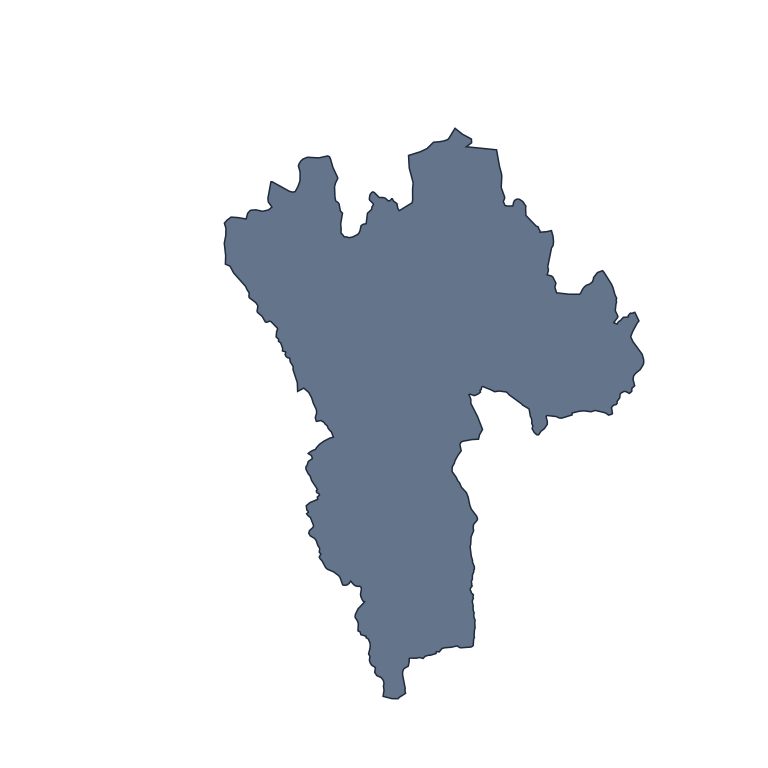 Ba Thuoc, Thanh Hóa, Vietnam, rotated 215°
{"feature_id": "81297802B10763760406842", "entity_name": "Ba Thuoc", "entity_type": "district", "adm_level": 2, "iso_a3": "VNM", "parent_name": "Vietnam", "parent_adm1": "Thanh Hóa", "projection": "albers", "projection_center": [105.214, 20.379], "detail": "fine", "context": "isolated", "style": "filled", "palette": "slate", "viewbox_px": 768, "rotation_deg": 215, "n_neighbors": 0, "source": "geoboundaries", "source_scale": "gbopen_adm2", "svg_char_len": 6171}
<svg xmlns="http://www.w3.org/2000/svg" viewBox="0 0 768 768"><g transform="rotate(215 384 384)"><path d="M222.6,141.0L217.9,141.9L214.3,140.7L212.1,138.5L211.2,136.2L208.3,133.1L205.6,127.6L197.0,130.8L191.9,134.3L191.8,135.9L188.9,143.0L190.6,144.4L192.1,146.9L201.8,156.3L203.3,158.4L204.1,160.2L204.3,162.5L202.3,166.8L204.0,170.8L205.9,173.6L205.4,174.4L200.2,178.0L197.8,180.5L194.5,181.6L194.2,184.5L191.8,187.5L190.6,188.2L187.2,192.5L186.8,193.2L187.6,194.3L187.3,195.0L185.1,196.2L184.7,200.7L182.9,202.8L177.8,207.0L173.9,211.4L170.8,211.5L169.7,212.0L162.0,218.3L161.1,219.8L161.0,221.1L164.2,226.4L164.6,228.4L165.6,229.1L168.8,234.4L169.5,236.5L172.5,240.2L174.0,242.9L176.4,244.4L178.3,246.7L178.8,248.2L180.4,249.2L182.4,251.3L183.5,253.2L186.7,256.2L187.6,257.9L187.8,259.7L188.8,260.3L190.0,262.7L192.6,263.0L193.9,264.2L195.4,264.7L196.0,266.3L195.9,269.2L196.8,269.4L197.4,270.6L199.3,272.5L199.5,274.5L202.0,278.3L202.7,281.6L203.8,283.1L203.7,284.1L205.1,286.1L209.4,288.9L210.2,290.2L213.8,293.1L220.1,300.1L221.0,302.4L224.9,308.6L226.5,315.4L228.4,317.2L230.1,320.4L229.6,325.2L229.6,326.4L230.4,327.5L232.3,328.9L240.8,331.6L244.5,334.2L250.0,339.5L254.2,342.3L261.5,343.9L265.5,346.4L268.0,347.0L271.1,348.9L277.9,351.3L280.0,354.3L280.6,355.7L280.9,359.5L281.8,361.6L282.5,368.0L282.4,373.5L287.1,377.9L287.6,380.3L286.6,382.3L280.1,388.9L274.9,393.0L276.6,397.1L277.2,403.3L288.9,411.1L301.7,417.9L304.2,421.4L308.4,424.1L307.3,425.1L303.3,426.3L301.2,429.7L300.3,432.7L301.7,433.8L301.2,435.2L302.2,437.4L301.9,438.5L293.0,440.6L289.0,441.1L285.5,444.4L279.0,447.7L274.9,446.9L259.9,446.6L258.4,446.2L250.9,446.8L245.4,441.3L243.7,440.6L241.3,438.1L240.5,436.5L238.1,435.1L237.0,432.3L233.0,430.4L229.7,430.0L228.2,431.1L228.3,435.4L227.0,439.5L227.1,444.6L228.8,447.1L232.4,450.1L232.6,451.3L232.2,451.8L224.1,456.2L221.1,456.6L218.9,457.9L212.2,466.5L213.2,468.2L208.3,473.8L204.8,476.7L198.5,480.0L195.8,483.5L187.3,486.9L185.2,487.4L182.2,487.3L180.0,490.0L180.0,491.0L184.2,495.3L183.8,498.4L182.1,500.2L181.9,501.8L183.1,503.4L182.9,507.8L184.7,511.0L184.6,512.5L183.1,515.7L181.1,516.6L177.6,517.0L176.8,520.0L178.5,522.8L177.6,526.3L182.6,530.6L184.2,533.9L184.0,537.1L182.4,542.8L182.7,548.4L183.5,550.6L185.5,553.1L189.7,556.5L204.4,561.5L209.1,564.3L210.4,569.7L211.5,579.2L211.3,581.9L219.7,586.6L221.5,584.0L222.8,583.4L223.2,580.2L222.4,579.5L222.4,578.9L226.2,575.9L226.7,571.7L227.6,569.7L227.5,566.7L231.0,566.0L230.8,572.5L231.2,573.6L236.6,576.7L240.0,582.9L240.3,584.2L242.1,586.1L242.5,587.6L246.0,589.6L251.7,594.3L254.8,596.2L268.1,601.8L270.0,602.2L273.1,597.7L273.4,591.4L272.5,589.7L271.9,587.2L272.8,584.0L275.0,580.7L275.6,578.2L275.7,575.6L275.0,571.0L275.4,569.6L283.9,563.7L294.9,557.7L299.5,561.2L301.0,565.2L306.9,568.4L308.6,568.6L313.0,567.0L314.2,570.8L315.4,572.6L317.0,573.7L324.8,591.5L325.0,594.7L326.8,597.9L330.2,601.9L334.8,605.7L338.3,601.9L343.3,597.8L344.0,598.9L346.8,600.2L347.5,601.1L350.3,600.7L364.5,603.5L369.0,609.5L369.7,611.0L375.0,613.1L379.0,613.0L381.1,611.8L382.3,609.4L382.1,607.3L380.6,603.8L384.7,600.7L387.3,599.6L391.0,602.0L391.6,605.1L392.5,606.4L400.7,612.2L406.5,621.5L408.2,623.5L414.4,628.7L426.1,640.4L452.6,625.6L450.6,631.9L452.9,634.8L462.8,633.6L472.5,634.2L471.8,623.3L472.0,620.8L474.3,617.5L477.7,614.1L482.1,610.5L483.8,601.5L487.3,595.3L495.0,585.3L487.2,575.4L475.5,565.5L472.3,559.9L466.1,551.2L464.9,548.6L470.9,534.8L473.2,535.6L476.9,539.2L481.0,539.3L483.6,540.5L484.0,540.2L484.2,537.8L485.4,536.4L489.4,537.0L491.8,536.2L495.0,534.0L501.5,535.3L503.4,535.0L504.0,533.4L504.0,530.7L502.1,527.0L501.1,526.4L496.3,525.5L495.5,524.7L495.5,522.4L494.3,519.7L495.5,514.4L490.6,505.1L492.6,503.0L493.6,500.6L491.6,495.8L491.1,493.2L491.5,491.1L494.1,486.3L496.7,483.7L498.9,483.1L501.0,481.8L506.0,483.2L507.7,486.0L511.3,490.3L516.0,500.2L518.9,500.7L524.2,505.8L525.8,506.3L528.6,506.3L531.4,509.0L537.7,517.3L539.0,520.9L539.7,525.6L540.3,526.5L549.9,532.0L557.2,537.9L559.1,538.9L561.0,538.5L567.0,531.9L576.8,525.8L579.4,521.8L580.0,519.0L579.9,515.8L579.2,513.5L574.3,509.5L569.4,502.3L567.8,496.6L567.1,490.6L569.0,488.7L572.1,487.6L591.8,485.5L592.6,484.8L585.6,469.5L583.1,466.7L577.3,464.7L578.4,460.4L582.6,455.8L588.8,453.2L592.3,450.4L593.2,449.2L593.6,445.6L591.6,440.1L599.2,436.5L605.0,433.0L606.6,428.0L607.0,424.2L602.8,420.9L598.8,414.9L595.6,407.7L587.3,398.3L582.7,391.2L577.8,392.2L570.8,388.7L553.2,384.5L550.3,382.7L546.7,381.3L545.0,378.4L543.9,377.4L535.7,377.1L532.8,376.0L531.8,375.1L529.8,370.9L528.7,370.1L522.6,369.5L516.7,366.7L515.4,367.4L513.8,369.8L512.2,370.3L503.1,368.5L502.6,368.0L502.2,365.7L499.4,360.7L496.0,360.2L494.9,358.5L492.2,358.4L487.5,355.1L486.1,352.8L483.1,353.9L482.5,353.4L482.0,351.5L480.2,350.4L478.1,350.2L476.1,351.1L473.6,348.4L468.4,346.2L466.8,343.6L455.8,335.4L450.5,328.4L447.3,334.6L440.8,333.9L435.4,331.2L430.6,327.5L425.0,324.4L422.6,321.8L421.0,317.0L418.2,314.7L417.7,314.7L414.9,317.8L411.3,318.2L409.2,317.4L406.6,317.2L404.0,315.5L399.3,314.4L395.0,311.4L397.3,308.7L400.6,302.4L402.3,297.5L402.8,293.1L402.6,291.2L404.5,288.3L405.8,285.4L406.2,283.5L402.5,283.8L399.9,281.9L401.6,277.1L400.5,273.7L400.4,271.2L398.9,269.3L394.3,266.9L391.7,266.2L387.9,263.4L378.1,259.5L378.2,257.6L376.7,256.5L374.1,256.8L373.1,256.0L373.8,253.1L372.1,251.6L376.5,244.7L377.9,239.7L374.9,236.5L372.7,236.1L372.4,235.3L373.0,233.3L370.8,232.6L367.7,232.4L360.6,227.7L359.9,225.9L361.0,221.1L360.0,218.5L357.2,217.3L352.3,217.7L349.9,216.9L345.3,213.6L343.0,212.8L342.0,211.9L340.6,209.1L338.2,208.5L337.8,205.1L335.9,204.1L333.3,203.6L326.5,200.1L324.0,199.8L317.5,201.2L311.2,201.0L308.9,200.2L302.6,195.7L300.8,196.5L298.9,198.3L298.2,200.7L298.2,203.4L293.8,202.3L291.4,202.3L289.3,203.2L287.9,204.4L286.0,204.3L284.7,202.6L282.8,198.5L281.1,196.6L277.0,194.2L274.9,194.4L276.3,185.0L275.3,178.8L273.9,176.3L269.9,174.7L267.5,172.9L263.8,166.9L261.3,167.2L259.2,165.4L254.0,167.1L253.2,165.9L250.5,166.1L247.4,164.1L246.1,163.0L244.1,159.9L241.8,154.0L239.4,152.9L237.5,149.3L234.8,147.3L232.6,146.6L228.4,146.8L226.2,142.4L222.6,141.0Z" fill="#64748b" stroke="#1e293b" stroke-width="1.5"/></g></svg>